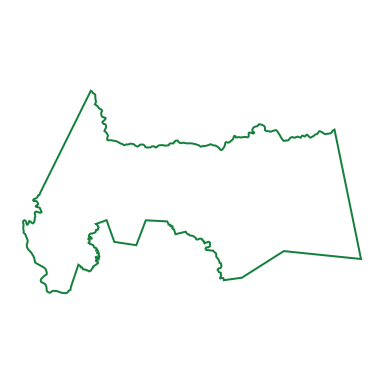 Valle Del Guamuez, Putumayo, Colombia (Albers equal-area conic projection)
{"feature_id": "7082276B97476971281230", "entity_name": "Valle Del Guamuez", "entity_type": "district", "adm_level": 2, "iso_a3": "COL", "parent_name": "Colombia", "parent_adm1": "Putumayo", "projection": "albers", "projection_center": [-76.929, 0.422], "detail": "fine", "context": "isolated", "style": "outline", "palette": "green", "viewbox_px": 384, "rotation_deg": 0, "n_neighbors": 0, "source": "geoboundaries", "source_scale": "gbopen_adm2", "svg_char_len": 5910}
<svg xmlns="http://www.w3.org/2000/svg" viewBox="0 0 384 384"><path d="M275.9,130.1L275.1,130.2L270.7,131.7L268.4,131.1L266.9,131.1L266.3,131.0L265.0,130.1L264.9,127.3L264.3,126.1L262.2,124.9L259.9,124.3L259.0,124.3L258.4,124.6L258.1,125.5L257.4,126.1L254.7,126.8L253.7,127.5L253.0,128.2L252.4,129.5L252.3,130.7L252.8,131.4L254.1,132.5L253.9,133.2L253.6,133.4L253.1,133.5L250.8,132.7L249.2,132.6L248.6,133.4L248.8,136.0L248.3,136.9L247.8,137.3L244.6,136.9L241.0,137.5L239.0,137.1L236.3,137.5L235.7,137.3L235.4,136.2L234.3,135.9L233.7,137.0L233.1,138.9L231.9,140.1L229.3,142.4L227.9,142.6L226.2,142.1L225.4,142.6L224.8,145.5L224.0,147.3L222.1,149.7L221.3,150.1L220.1,149.6L219.0,147.9L216.6,146.1L215.4,145.6L213.4,145.4L212.0,144.7L210.9,144.4L210.0,144.3L209.1,144.9L204.5,146.2L203.8,145.9L203.1,145.9L201.1,146.7L200.5,146.6L199.2,145.5L195.9,144.3L191.8,143.4L189.8,143.3L187.0,143.4L183.4,142.7L180.4,143.2L179.2,142.5L178.2,141.5L177.8,140.7L177.1,140.5L176.0,140.5L175.5,140.7L174.9,141.7L173.9,142.2L173.8,143.0L173.4,143.4L170.4,143.4L170.0,143.5L169.2,144.2L168.9,145.0L168.1,145.4L164.6,145.6L163.1,145.2L161.5,145.1L158.8,145.4L157.5,146.2L156.8,147.1L155.6,147.5L154.1,146.4L152.8,146.3L151.7,146.5L150.5,147.4L146.5,147.5L145.2,146.9L144.8,145.8L143.8,145.0L143.1,144.6L141.6,144.5L140.3,144.6L139.9,144.8L138.8,145.9L137.8,146.5L137.2,146.5L135.2,145.5L133.7,144.2L130.9,143.6L130.0,143.8L128.5,144.4L126.2,144.5L124.1,145.2L122.5,144.1L120.1,143.3L118.8,142.4L117.1,141.5L115.0,140.9L112.7,140.6L111.2,140.2L108.1,140.3L107.5,140.0L107.2,139.5L107.2,138.3L107.9,135.9L107.8,135.0L106.5,132.9L105.4,131.6L104.6,131.3L104.4,130.9L105.8,128.0L106.1,126.5L106.0,125.5L105.4,124.5L105.0,124.2L103.5,123.8L102.5,122.6L102.4,122.1L102.6,121.8L104.8,119.8L105.5,118.7L105.5,117.9L102.1,116.8L101.4,115.1L101.2,113.4L101.3,112.4L102.0,111.2L101.8,110.1L101.5,109.7L99.0,108.3L97.9,106.5L94.9,104.3L96.0,102.1L95.3,97.7L95.3,95.1L94.7,94.1L92.8,92.9L91.9,91.5L90.8,90.8L40.1,193.0L39.9,193.9L39.2,195.0L38.4,195.1L37.6,196.7L36.7,197.8L35.7,198.5L34.2,199.0L33.4,199.5L33.2,200.1L33.3,200.7L33.6,200.9L36.0,201.1L36.8,201.4L37.1,201.8L37.9,203.4L38.0,204.3L37.3,205.3L36.0,205.7L35.8,206.0L35.8,206.4L36.1,206.8L37.8,207.3L38.9,207.4L39.9,208.0L40.2,208.5L40.5,209.8L41.5,211.6L41.4,212.4L40.9,212.6L39.7,212.7L36.4,211.6L35.3,211.9L34.7,213.2L35.4,216.2L34.8,217.8L34.6,220.5L33.8,222.6L32.8,223.4L32.1,223.1L30.3,221.5L29.6,221.1L29.2,221.1L29.0,221.3L29.0,222.3L27.5,224.7L27.2,224.8L26.9,224.6L26.4,223.4L26.0,221.7L25.4,220.7L24.4,220.2L24.1,220.3L23.7,220.5L23.0,221.8L23.5,224.6L23.5,226.5L23.2,227.5L23.7,231.4L23.6,232.7L25.2,234.2L27.4,239.6L27.7,241.0L27.6,242.2L26.9,243.9L26.8,245.3L27.1,247.4L28.0,249.2L31.3,252.7L33.2,255.8L34.2,258.0L35.1,262.4L36.2,263.2L44.2,267.7L45.4,268.8L45.9,269.6L46.8,272.7L46.6,274.4L44.4,275.8L42.9,277.2L40.9,279.4L40.7,280.8L41.0,281.8L45.0,284.0L45.7,285.0L46.5,287.4L46.7,290.4L47.2,291.5L48.8,292.5L50.0,292.7L52.4,291.1L53.7,290.8L56.9,291.1L61.2,292.7L65.3,293.2L66.4,293.1L67.7,292.3L68.2,291.3L69.2,290.4L70.4,290.0L70.9,287.0L78.4,264.7L80.4,266.2L80.8,267.4L81.9,267.3L82.3,267.7L82.6,268.3L82.7,269.0L83.1,269.4L85.6,269.5L86.3,270.3L87.7,270.4L88.5,271.2L89.4,271.4L91.0,270.5L92.0,268.6L93.2,267.4L93.1,266.6L97.9,263.3L98.0,262.7L97.7,261.9L96.2,261.3L95.9,260.6L96.1,260.1L96.8,259.6L97.9,259.8L98.4,259.5L98.7,259.3L98.7,258.5L98.2,258.1L97.6,258.1L97.0,258.8L96.5,258.7L95.7,257.5L95.9,257.0L96.2,256.8L96.5,256.9L96.9,257.6L97.4,257.8L98.3,257.4L99.2,257.3L99.4,256.2L98.6,255.9L98.4,255.4L98.9,254.3L98.7,252.6L98.2,252.4L97.6,253.2L97.2,253.2L97.1,252.7L97.7,252.2L98.0,251.6L97.7,250.4L97.4,249.9L97.1,250.0L96.5,250.5L96.1,250.6L96.0,250.2L96.5,249.6L96.6,249.2L96.2,248.2L95.6,247.7L94.6,247.7L94.0,247.3L93.7,246.1L93.2,245.2L90.9,244.1L90.1,244.2L89.7,243.2L88.6,243.0L88.5,242.6L89.5,241.5L89.7,240.4L89.6,240.1L88.4,239.3L88.3,238.7L88.6,238.2L88.9,238.1L91.2,238.7L91.7,238.5L91.5,237.8L91.2,237.5L89.9,236.7L89.1,236.4L88.9,236.1L88.9,235.6L89.9,233.9L90.5,233.6L92.5,233.5L95.3,232.3L95.8,231.5L96.0,230.0L96.2,229.8L97.4,229.9L97.9,229.6L98.0,228.3L98.7,227.5L98.6,227.3L97.2,224.8L96.2,224.4L95.8,224.0L106.6,220.2L114.3,241.9L136.3,245.2L145.8,220.3L167.0,221.4L168.2,223.2L168.5,224.6L170.4,224.8L170.4,226.2L172.2,226.1L172.6,226.3L172.7,227.1L172.3,227.9L172.3,228.4L172.6,228.8L173.9,229.3L175.5,234.2L185.7,231.7L186.5,233.1L188.0,234.4L188.9,234.4L189.2,235.0L190.1,235.5L193.1,235.9L194.7,237.2L195.7,237.8L196.0,238.9L196.8,239.5L197.6,239.6L199.1,238.8L201.7,238.7L202.6,240.0L202.6,240.6L203.0,240.9L203.5,240.9L203.9,241.4L204.1,242.7L204.6,243.4L205.7,242.5L206.6,242.5L208.4,241.8L208.7,241.8L209.9,242.6L209.8,243.3L210.0,244.5L209.9,246.1L209.6,246.5L208.7,247.2L206.2,247.5L205.6,248.2L205.5,248.8L206.3,250.0L206.7,249.9L207.3,250.1L208.6,250.1L211.1,250.6L213.0,250.6L213.1,250.9L214.3,251.8L214.9,252.6L215.9,253.3L216.2,254.3L216.3,256.8L218.5,259.5L219.6,262.1L219.6,262.9L220.1,263.2L220.8,263.3L221.4,265.2L221.4,266.2L221.1,267.3L220.9,267.8L220.0,268.3L219.0,268.2L217.8,269.4L217.6,269.8L218.0,270.1L218.5,271.5L218.9,272.1L219.8,272.5L220.7,272.6L220.8,272.8L220.7,274.2L221.2,275.2L221.2,275.5L220.2,277.7L220.1,278.3L220.4,278.4L221.4,277.8L223.1,278.1L223.5,278.6L223.8,280.2L241.9,277.7L283.8,251.1L361.0,259.0L334.5,129.6L333.3,130.2L332.7,130.7L331.6,132.5L330.5,133.3L328.8,133.6L327.5,133.7L325.9,134.2L324.9,134.1L320.9,131.6L319.7,131.2L318.9,131.5L317.4,133.8L316.9,134.1L315.3,134.5L313.7,135.9L310.7,137.6L310.0,137.5L309.5,137.1L307.2,134.7L306.2,135.0L305.2,136.3L304.6,136.5L302.8,135.6L301.8,135.9L301.0,137.5L300.5,137.7L297.7,136.6L294.2,137.8L292.5,137.1L291.0,137.4L290.3,137.8L288.3,140.3L287.3,140.5L285.7,140.4L284.9,140.9L283.9,140.8L283.1,140.4L280.8,137.1L279.7,134.9L278.9,133.9L277.6,131.6L277.3,131.1L275.9,130.1Z" fill="none" stroke="#15803d" stroke-width="2"/></svg>